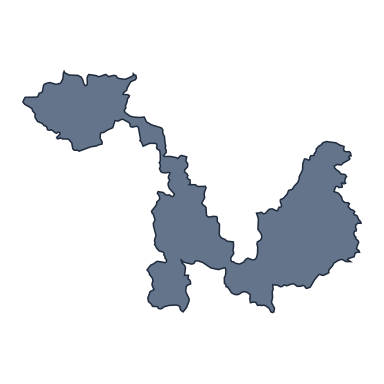 Caratinga, Minas Gerais, Brazil
{"feature_id": "56859067B96917379778032", "entity_name": "Caratinga", "entity_type": "district", "adm_level": 2, "iso_a3": "BRA", "parent_name": "Brazil", "parent_adm1": "Minas Gerais", "projection": "mercator", "projection_center": [-42.127, -19.689], "detail": "fine", "context": "isolated", "style": "filled", "palette": "slate", "viewbox_px": 384, "rotation_deg": 0, "n_neighbors": 0, "source": "geoboundaries", "source_scale": "gbopen_adm2", "svg_char_len": 6014}
<svg xmlns="http://www.w3.org/2000/svg" viewBox="0 0 384 384"><path d="M152.5,306.4L157.5,306.6L158.3,308.4L160.2,308.9L161.7,308.6L164.1,306.8L169.0,305.4L176.6,305.0L179.7,306.3L180.2,309.2L181.2,310.6L183.1,311.9L186.6,307.4L189.0,301.2L189.2,299.1L185.7,291.6L186.2,286.8L187.7,285.1L190.6,284.0L190.5,282.0L189.7,280.0L188.0,278.8L188.5,275.3L184.5,275.3L185.5,267.8L184.8,265.7L181.8,262.6L181.3,260.1L183.8,262.2L191.4,264.1L193.1,263.8L194.4,262.9L195.2,261.0L198.4,261.0L202.8,262.5L210.8,267.9L218.3,269.6L225.0,267.7L225.7,269.3L225.9,272.5L225.3,275.8L224.3,277.6L224.4,283.3L225.7,284.4L226.1,286.8L227.6,287.0L231.6,292.9L234.5,294.4L236.6,294.7L238.4,294.5L242.7,291.9L245.0,291.7L247.1,292.4L250.3,294.7L249.8,299.0L250.4,302.7L254.4,302.0L256.1,302.8L257.5,305.4L260.4,305.1L261.6,305.6L263.2,305.2L265.4,305.6L269.2,308.4L270.9,311.8L272.3,312.6L273.9,311.9L274.5,308.3L271.5,302.6L272.6,297.2L272.2,292.1L273.2,289.0L272.6,284.9L277.4,285.1L280.4,286.8L282.1,286.5L284.4,284.8L286.7,285.8L292.4,283.8L294.1,284.0L297.1,286.3L300.7,286.3L302.8,285.4L304.2,285.9L306.2,288.4L308.1,288.0L310.3,287.1L314.4,280.0L318.5,275.0L319.9,274.3L322.0,275.3L323.7,275.3L328.8,272.8L328.7,270.7L329.2,269.5L332.4,266.0L333.9,263.1L338.3,260.4L341.4,259.4L342.7,259.7L345.9,261.6L350.5,261.6L347.5,259.6L348.5,258.5L354.1,256.8L355.1,253.3L357.0,252.3L359.5,252.2L358.9,250.6L356.6,248.9L356.9,246.7L358.7,242.4L358.1,240.7L355.5,238.5L355.9,237.1L354.6,236.1L353.7,233.1L354.5,231.2L356.2,230.9L356.4,229.0L355.6,227.7L355.6,225.5L357.7,223.2L361.0,223.3L360.7,221.8L358.4,219.2L357.2,216.0L355.7,215.0L354.3,214.8L353.6,213.4L354.7,211.9L353.5,210.4L350.8,209.4L348.1,206.6L349.4,203.6L348.2,202.8L344.9,202.5L343.3,201.3L342.3,200.1L341.4,196.7L338.3,193.1L334.0,191.6L335.5,186.9L337.0,186.2L338.9,187.6L342.2,187.1L342.1,185.1L341.3,183.3L342.5,182.6L343.9,183.9L345.7,183.1L344.7,181.4L345.5,177.9L346.6,176.7L345.4,174.9L344.0,174.2L341.1,174.1L338.6,171.1L336.7,170.1L334.8,168.1L334.2,166.2L337.5,164.3L339.1,164.9L341.5,164.8L343.0,163.1L348.5,160.1L350.0,158.7L348.6,157.0L349.7,155.8L351.1,155.9L350.4,152.7L349.1,151.6L346.7,151.8L344.3,151.2L343.6,149.4L344.1,146.5L339.7,145.0L335.9,142.8L326.0,141.5L324.7,142.3L323.1,142.5L321.0,145.0L319.1,145.9L316.2,149.0L316.2,151.1L314.3,153.7L313.9,155.5L310.8,155.7L309.9,157.2L309.9,159.6L308.6,160.1L306.6,159.2L304.5,158.9L302.8,163.6L302.5,170.1L299.2,176.7L299.2,178.5L298.0,182.2L294.2,186.2L292.3,189.3L288.6,190.4L287.1,194.2L283.2,198.5L280.5,199.5L280.2,201.3L281.6,205.7L281.0,207.0L278.9,207.3L277.6,210.6L276.2,210.7L272.5,208.9L270.7,209.0L269.1,209.3L265.3,213.4L263.5,213.8L261.2,212.2L258.4,213.1L256.5,213.1L258.4,218.8L257.9,229.3L260.8,233.3L261.8,236.2L261.5,238.4L260.3,240.2L257.4,241.9L256.9,244.0L257.7,246.9L257.5,253.3L256.9,256.1L256.3,257.9L254.6,259.6L252.8,260.0L247.9,258.2L245.8,259.2L243.7,262.1L239.6,264.1L235.1,263.1L233.5,261.8L231.5,261.6L230.8,259.6L230.9,257.6L233.6,253.8L233.7,252.4L233.0,250.6L233.6,246.1L233.4,241.9L226.8,241.1L225.0,239.4L221.8,238.1L220.3,236.6L219.3,234.8L219.5,224.1L217.2,221.7L217.3,218.0L216.7,216.6L213.2,216.3L209.4,217.1L207.5,216.5L206.5,215.2L206.0,207.5L204.4,205.7L202.7,204.7L201.9,202.9L204.7,197.7L204.2,194.6L204.4,192.3L206.1,187.7L205.4,186.3L197.7,186.5L195.4,184.7L189.1,184.6L190.2,183.3L190.0,179.8L188.5,179.3L187.1,177.6L187.9,175.5L187.0,173.9L184.5,171.7L184.7,169.8L187.5,167.0L187.8,163.9L185.9,161.1L186.7,156.9L181.6,155.4L180.1,156.0L177.8,158.6L176.3,157.6L170.2,156.4L164.5,156.5L163.4,155.5L166.2,152.6L166.2,150.1L165.3,148.9L165.7,145.3L165.2,144.0L164.4,136.4L162.8,133.3L162.7,129.5L161.4,127.9L151.5,124.8L146.5,121.9L144.2,117.0L139.5,117.5L132.6,116.9L129.6,115.8L125.2,112.6L124.2,110.1L125.9,108.1L125.5,105.8L126.9,102.4L127.6,98.5L128.9,97.3L129.4,95.7L127.9,94.7L123.1,94.4L123.3,92.9L126.7,90.2L127.2,87.9L130.7,81.7L135.4,79.7L136.4,77.9L135.9,75.4L134.5,74.9L133.3,73.7L133.2,75.4L131.7,76.5L125.9,79.1L123.8,79.2L118.7,78.4L117.2,77.5L115.8,75.6L113.3,75.4L108.7,76.6L105.7,74.4L98.8,76.8L96.2,75.6L88.8,74.5L87.6,76.2L87.1,78.5L87.3,83.5L86.8,85.1L85.5,85.8L84.0,84.2L82.9,80.2L81.2,77.1L77.9,75.4L69.2,75.0L64.9,72.9L64.1,71.4L63.4,73.2L62.9,78.7L61.1,82.3L59.9,83.5L56.0,84.3L49.7,82.5L45.0,83.8L43.6,85.2L42.5,91.3L41.0,92.8L39.1,93.2L38.3,95.6L37.1,97.1L25.2,97.3L23.5,100.3L23.0,102.3L25.0,104.5L30.2,107.4L32.3,109.2L32.5,110.8L35.3,113.9L34.9,115.5L35.1,117.6L37.7,121.6L42.4,123.5L43.7,125.3L46.5,126.6L47.6,129.8L49.6,130.3L51.5,129.8L55.4,132.9L56.7,133.2L58.0,132.2L59.7,132.5L60.0,134.1L56.6,137.5L57.5,138.8L58.9,138.7L60.1,137.9L62.7,139.0L67.4,139.0L69.0,139.7L71.7,142.9L72.8,148.8L74.2,150.2L77.8,150.3L79.1,151.2L90.9,146.8L96.6,145.9L98.4,144.9L102.1,144.0L102.1,141.7L100.1,138.4L100.4,134.0L101.4,132.6L103.6,132.5L107.3,130.1L112.8,127.7L115.0,120.6L118.1,121.1L121.4,119.4L122.9,119.3L128.5,122.3L129.7,123.4L130.4,126.5L132.3,127.2L136.6,126.2L138.3,127.2L140.5,139.0L139.9,140.7L141.5,142.1L143.1,146.2L149.5,143.4L155.2,143.4L156.7,144.1L157.0,145.9L156.5,147.6L157.2,149.1L159.7,150.5L160.2,153.7L160.3,159.8L160.1,161.6L159.2,162.6L160.1,164.2L160.4,166.7L159.5,168.4L160.0,169.9L160.9,171.7L162.4,172.6L165.9,172.9L168.4,172.3L170.0,172.9L168.4,176.6L168.4,178.3L169.8,180.0L168.2,183.0L168.1,185.1L169.4,188.5L174.5,194.1L173.3,196.1L171.9,196.7L169.4,194.9L166.1,195.1L163.3,192.5L158.1,191.6L157.3,193.2L159.3,196.0L159.7,199.3L156.7,202.1L156.7,203.8L155.8,205.7L151.5,211.2L152.2,213.2L153.2,214.2L154.7,218.7L154.9,220.3L153.3,223.4L153.5,225.9L156.0,235.5L154.7,239.3L154.5,241.2L155.3,243.1L154.5,244.3L157.0,248.6L159.2,251.0L162.8,252.0L164.0,253.1L163.9,255.0L164.9,256.5L165.1,258.4L166.5,259.7L166.5,261.6L165.3,262.6L157.3,261.3L155.9,262.0L154.3,263.4L150.5,265.3L147.0,270.0L149.2,272.6L149.4,274.4L152.2,277.9L152.7,279.5L152.9,281.2L152.0,283.7L152.2,285.6L154.0,289.6L150.1,291.6L147.8,298.0L148.5,301.7L151.4,304.2L152.5,306.4Z" fill="#64748b" stroke="#1e293b" stroke-width="1.5"/></svg>